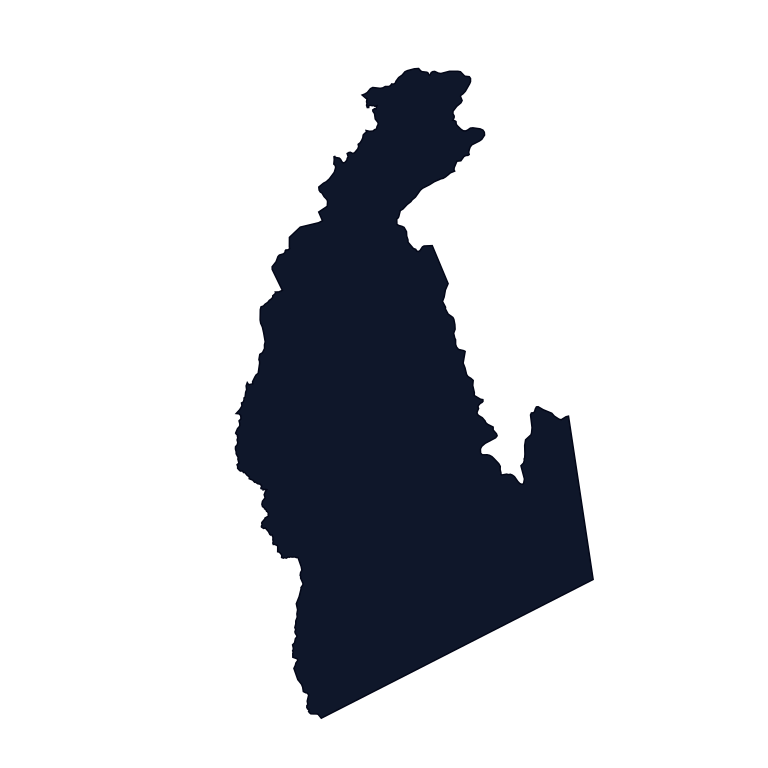 the district of Lagaip/Pogera District, Enga, Papua New Guinea, rotated 243°
{"feature_id": "67681753B66216026756118", "entity_name": "Lagaip/Pogera District", "entity_type": "district", "adm_level": 2, "iso_a3": "PNG", "parent_name": "Papua New Guinea", "parent_adm1": "Enga", "projection": "orthographic", "projection_center": [143.276, -5.41], "detail": "fine", "context": "isolated", "style": "filled", "palette": "ink", "viewbox_px": 768, "rotation_deg": 243, "n_neighbors": 0, "source": "geoboundaries", "source_scale": "gbopen_adm2", "svg_char_len": 6171}
<svg xmlns="http://www.w3.org/2000/svg" viewBox="0 0 768 768"><g transform="rotate(243 384 384)"><path d="M114.7,176.4L114.9,481.6L271.6,533.8L272.2,531.3L271.7,525.6L273.3,523.9L278.0,521.2L281.8,520.2L288.8,514.2L293.8,511.0L294.4,509.4L293.0,507.4L291.0,505.6L290.5,504.1L291.3,502.2L289.9,500.5L277.9,496.1L273.5,493.3L272.0,491.9L270.0,484.8L265.3,481.4L257.5,477.7L254.5,475.9L253.6,474.8L252.2,474.3L250.2,472.4L249.0,468.9L235.6,466.0L232.1,463.3L231.7,462.1L232.2,461.1L233.7,459.8L236.3,459.0L242.2,458.2L244.6,457.0L246.2,455.6L246.8,453.7L248.0,452.4L249.5,447.5L250.6,447.2L251.5,447.8L255.2,448.7L257.8,450.2L260.9,450.1L267.7,448.1L270.3,447.2L272.5,445.7L274.1,443.8L276.3,439.4L278.5,438.7L281.9,440.2L283.1,441.3L284.2,443.1L285.2,447.3L285.4,459.0L286.5,461.3L288.6,461.6L293.5,460.4L296.1,461.7L301.1,458.0L303.5,457.1L305.1,457.3L309.3,456.3L313.3,453.8L315.6,453.6L316.8,454.3L319.3,457.2L321.0,457.3L322.1,458.6L323.0,460.9L323.1,463.1L323.7,464.4L325.2,465.0L326.6,463.1L332.8,459.2L335.3,460.6L342.4,462.4L346.7,465.1L349.6,464.0L352.5,462.2L355.0,461.9L361.6,463.5L366.7,464.0L376.2,471.1L377.5,470.2L381.0,466.1L384.0,465.4L386.8,465.8L391.0,467.9L392.8,467.9L397.6,469.1L400.5,472.2L404.7,474.1L409.9,475.6L412.0,475.6L417.2,472.9L423.0,472.8L424.5,473.7L431.0,473.6L434.2,477.1L439.9,481.4L444.3,486.7L485.4,489.8L488.8,482.3L488.7,480.5L486.5,476.6L486.4,474.9L487.6,473.5L489.6,473.4L491.4,471.7L499.4,469.8L501.6,470.8L505.5,471.4L509.5,473.2L514.4,473.0L516.3,471.6L518.6,469.1L520.4,468.0L525.1,470.2L525.7,472.3L526.6,473.3L531.1,477.2L531.3,480.3L533.4,486.1L534.3,490.7L535.3,492.7L536.3,496.9L540.2,504.4L540.9,507.2L540.9,515.2L541.4,520.6L541.0,527.7L540.4,530.1L540.6,532.9L542.0,539.1L541.6,543.6L543.3,543.7L544.9,544.8L549.4,550.1L548.0,553.8L550.4,558.5L550.4,560.6L549.6,562.6L549.8,564.1L552.0,564.6L554.1,566.4L555.9,568.2L557.2,570.8L557.2,579.4L557.6,582.2L560.1,586.6L562.8,587.7L565.3,587.4L567.7,585.5L571.9,579.5L572.8,577.1L572.3,573.8L572.4,571.7L573.6,569.6L576.3,568.1L581.4,566.4L583.0,566.4L585.2,567.3L586.8,566.3L587.8,564.9L589.4,567.3L590.9,568.2L593.5,568.1L595.7,569.3L598.4,574.9L599.6,580.2L601.1,582.3L605.5,582.7L606.3,583.4L606.7,586.1L607.9,589.4L612.7,596.7L614.2,598.4L616.9,599.8L619.1,599.5L621.6,595.7L627.5,593.9L629.1,591.8L632.9,584.4L634.8,575.7L636.3,573.6L639.5,571.1L640.2,569.2L640.1,567.5L638.2,564.9L639.2,564.3L641.0,564.5L642.3,563.8L645.1,559.6L646.5,558.8L649.4,558.1L651.1,554.1L652.6,547.1L652.7,544.4L651.0,540.4L650.4,536.2L648.4,532.2L646.9,530.5L646.9,528.4L647.9,527.1L646.9,525.2L646.9,523.4L648.5,520.2L648.4,517.3L649.2,514.8L653.3,508.6L653.3,506.0L651.3,501.4L651.1,498.5L651.4,495.7L646.8,497.6L645.9,498.4L643.3,496.5L641.9,496.3L640.3,495.0L637.9,494.6L637.3,495.9L638.8,496.6L638.6,498.3L637.3,499.8L636.9,501.1L635.5,502.0L635.2,504.0L632.7,501.7L633.6,500.6L633.3,498.4L631.9,497.9L629.2,498.3L624.1,496.5L619.4,497.4L617.8,496.4L616.6,494.7L614.6,493.0L614.9,491.2L614.4,488.9L615.7,485.9L618.0,483.1L616.3,482.7L616.1,480.5L615.3,478.5L612.9,476.8L611.3,474.8L609.8,472.4L609.3,469.8L607.1,469.2L605.4,467.4L603.3,462.5L603.8,460.6L605.7,459.3L606.2,458.0L606.1,455.8L602.6,455.2L601.9,453.8L600.3,452.5L599.2,449.9L599.4,448.1L601.1,447.4L603.9,447.3L605.6,446.7L608.0,443.5L609.1,443.5L609.2,442.6L606.5,441.5L602.7,439.1L600.8,439.8L598.7,439.1L595.2,435.8L591.5,428.3L590.4,424.0L590.4,421.3L589.1,415.3L586.2,414.2L584.0,414.4L582.4,415.4L578.1,415.7L574.1,416.9L572.1,416.5L568.1,414.1L566.9,403.9L557.4,403.3L557.4,398.9L561.8,380.6L557.6,366.3L549.1,361.9L547.5,361.5L547.1,359.4L548.0,357.3L547.4,356.3L546.2,355.6L545.6,353.6L546.4,349.3L545.7,347.4L541.9,343.3L539.3,337.6L536.8,336.4L513.6,336.0L513.8,332.1L515.3,328.9L514.5,328.8L513.8,327.7L513.1,324.9L511.8,324.3L511.0,322.5L510.6,319.8L509.5,317.5L509.1,314.2L508.2,312.0L508.6,309.5L506.5,307.6L497.3,302.7L494.1,301.7L490.0,301.5L484.2,300.0L475.5,297.3L473.1,295.2L469.9,293.7L467.1,290.0L466.8,286.8L462.5,283.6L460.7,283.4L458.8,282.5L450.6,276.7L450.2,274.3L449.0,272.3L445.7,267.9L443.7,267.2L444.8,263.1L447.3,262.8L444.9,260.3L441.3,259.0L439.5,257.0L435.4,254.3L435.1,252.9L433.9,252.4L431.9,250.6L431.8,248.4L429.2,247.6L428.3,246.5L426.6,243.7L424.8,238.9L423.2,241.3L421.0,242.0L418.4,241.0L417.7,240.3L417.0,238.1L414.2,237.5L412.5,236.7L411.6,235.5L410.8,233.3L407.6,229.5L406.1,229.7L405.0,230.4L404.4,229.8L402.5,229.3L400.9,227.7L398.4,227.2L396.6,225.8L395.5,223.2L393.5,222.1L390.7,221.5L388.9,220.6L384.7,220.7L383.4,219.7L379.4,218.8L378.8,216.4L377.0,216.2L375.3,215.3L372.4,216.1L371.5,216.7L370.8,218.5L368.9,218.6L368.6,219.7L364.7,220.6L362.5,221.8L360.8,220.9L358.0,223.4L355.2,224.1L355.1,224.8L352.5,226.2L351.0,228.1L348.7,228.8L347.1,227.0L346.5,227.0L345.3,228.5L344.5,228.2L344.2,230.1L343.1,231.6L342.4,229.9L339.8,227.0L336.6,226.4L334.7,222.5L332.3,220.6L329.9,220.1L328.1,221.2L327.1,220.9L325.7,221.7L323.8,221.6L323.3,222.1L321.5,222.4L320.7,221.7L318.8,221.1L318.6,217.1L317.9,216.6L316.2,212.5L315.6,211.9L313.9,211.5L313.0,210.2L312.1,209.9L309.9,211.2L309.6,212.9L304.8,214.1L301.8,214.0L300.8,214.5L300.5,215.7L297.6,215.4L295.4,214.1L294.3,214.0L292.7,212.7L291.3,212.5L290.8,213.7L288.5,215.6L287.2,215.4L282.8,213.1L281.7,214.4L279.1,215.1L277.6,215.1L275.9,214.0L274.5,215.3L274.5,216.5L273.2,217.9L273.4,220.2L272.7,220.8L272.3,222.7L271.6,223.3L270.3,226.2L269.1,227.1L268.4,228.6L258.8,227.3L255.4,226.3L253.9,224.1L251.5,222.4L250.2,222.4L248.9,221.6L243.2,221.3L241.9,220.6L240.3,217.6L239.1,217.1L233.1,211.9L228.0,206.1L222.0,204.5L218.7,202.0L215.7,200.9L212.9,197.8L210.2,196.4L207.5,194.0L205.3,193.8L203.6,192.1L201.9,191.8L199.3,192.1L198.4,191.7L197.3,189.4L194.0,186.8L193.1,184.1L190.2,183.4L188.9,182.8L187.7,181.4L186.4,181.5L185.5,180.5L181.9,178.7L179.0,181.5L177.6,182.0L176.8,181.5L175.4,178.8L173.6,177.3L171.5,174.6L159.7,173.0L153.8,174.2L150.8,173.9L146.6,172.5L144.4,174.1L143.5,175.3L141.1,175.7L136.3,171.6L132.7,170.5L132.6,169.4L130.9,168.4L129.0,168.4L128.3,169.4L127.5,169.3L126.7,168.2L125.1,168.3L123.3,169.1L120.3,174.7L119.4,175.4L114.7,176.4Z" fill="#0f172a" stroke="#020617" stroke-width="1.5"/></g></svg>